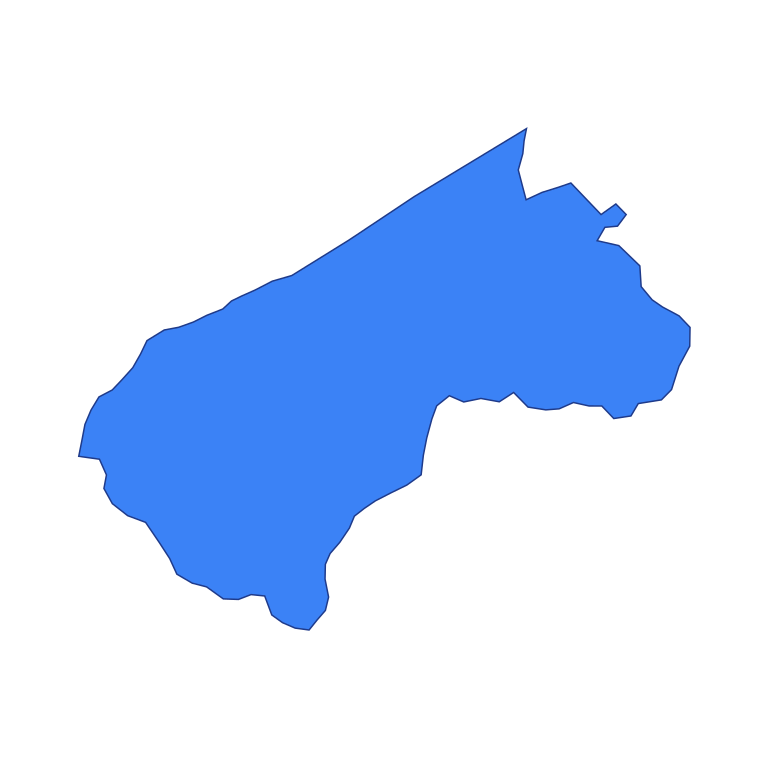 Canudos do Vale, Rio Grande do Sul, Brazil, rotated 147°
{"feature_id": "56859067B82095060655770", "entity_name": "Canudos do Vale", "entity_type": "district", "adm_level": 2, "iso_a3": "BRA", "parent_name": "Brazil", "parent_adm1": "Rio Grande do Sul", "projection": "orthographic", "projection_center": [-52.234, -29.324], "detail": "fine", "context": "isolated", "style": "filled", "palette": "blue", "viewbox_px": 768, "rotation_deg": 147, "n_neighbors": 0, "source": "geoboundaries", "source_scale": "gbopen_adm2", "svg_char_len": 1367}
<svg xmlns="http://www.w3.org/2000/svg" viewBox="0 0 768 768"><g transform="rotate(147 384 384)"><path d="M125.4,520.6L256.4,524.7L335.4,523.8L402.3,525.2L421.7,531.1L440.9,533.0L455.3,535.3L466.7,536.7L478.4,534.7L495.1,538.1L510.2,539.8L525.3,543.4L538.9,549.0L559.1,549.5L571.9,541.7L585.8,534.5L601.4,530.3L615.2,527.0L630.1,528.4L643.9,521.7L656.8,513.0L668.2,501.1L679.4,489.6L663.6,475.9L666.3,458.9L675.8,448.9L677.0,431.6L670.7,413.2L659.3,397.8L658.8,373.6L658.8,354.3L661.3,337.3L653.3,321.4L643.3,310.5L635.8,291.3L623.4,282.6L610.2,279.8L599.5,271.2L603.9,251.4L599.1,239.1L591.5,227.7L580.8,218.5L568.4,222.6L556.5,226.0L546.5,235.5L539.7,252.5L531.4,264.7L521.5,271.2L507.3,275.3L491.5,282.0L480.8,289.3L468.4,290.4L454.8,290.7L438.0,289.0L419.8,286.8L402.3,287.6L389.9,302.7L377.5,315.5L362.9,328.6L351.7,337.0L335.6,338.6L326.9,325.5L310.6,319.1L297.0,306.3L279.9,306.3L275.8,286.2L262.4,274.2L250.7,267.8L235.2,265.3L224.0,253.9L213.3,246.9L210.1,229.9L194.3,222.7L181.4,229.1L160.0,219.6L145.9,222.7L126.9,238.3L107.0,249.2L96.5,264.8L99.4,280.4L108.5,296.9L113.3,308.6L115.3,325.6L105.1,343.7L111.7,372.2L127.2,388.1L113.4,395.1L102.2,389.2L88.6,394.2L91.5,408.7L109.7,407.9L117.8,450.8L130.2,453.9L147.0,458.6L164.5,461.1L160.1,474.5L154.8,490.4L142.1,501.6L134.1,511.6L125.4,520.6Z" fill="#3b82f6" stroke="#1e3a8a" stroke-width="1.5"/></g></svg>